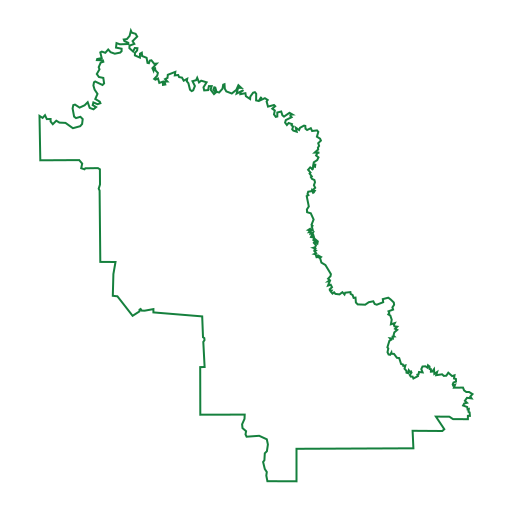 the district of Swan Hill, Victoria, Australia
{"feature_id": "25037944B58383707208646", "entity_name": "Swan Hill", "entity_type": "district", "adm_level": 2, "iso_a3": "AUS", "parent_name": "Australia", "parent_adm1": "Victoria", "projection": "orthographic", "projection_center": [143.117, -35.101], "detail": "fine", "context": "isolated", "style": "outline", "palette": "green", "viewbox_px": 512, "rotation_deg": 0, "n_neighbors": 0, "source": "geoboundaries", "source_scale": "gbopen_adm2", "svg_char_len": 5926}
<svg xmlns="http://www.w3.org/2000/svg" viewBox="0 0 512 512"><path d="M39.5,115.9L40.3,160.3L79.2,160.1L82.2,163.6L81.2,168.2L84.5,169.3L85.3,168.3L97.9,168.1L99.9,169.3L100.0,184.5L98.7,188.7L99.6,190.6L100.3,261.9L115.5,262.0L113.4,274.0L112.8,295.8L117.4,296.3L132.6,315.8L139.5,311.4L139.5,309.7L140.6,309.0L141.7,310.6L144.6,310.7L153.4,309.1L153.4,312.4L202.2,316.4L203.0,337.2L204.3,338.1L204.5,340.1L203.3,341.9L204.6,367.0L200.2,367.1L200.3,414.7L244.7,414.6L244.5,418.9L242.1,424.3L242.5,428.1L246.1,431.2L245.5,434.4L246.6,436.7L259.2,435.8L266.8,439.3L267.9,444.5L266.9,451.2L264.8,453.3L264.4,460.2L263.1,462.0L264.8,469.0L266.8,472.0L266.3,475.6L267.4,481.2L296.5,481.3L296.5,448.8L413.4,448.3L412.6,430.8L442.3,431.0L444.3,429.2L435.9,416.6L449.4,416.7L453.0,419.1L467.9,419.2L467.9,415.9L469.9,415.9L469.6,412.4L468.5,411.8L468.8,409.0L467.6,409.4L467.2,407.0L463.1,405.5L464.2,403.5L467.0,402.8L464.9,400.8L467.0,397.8L471.6,398.4L470.3,396.5L472.5,394.1L469.1,392.0L466.3,392.0L464.1,390.4L463.0,387.6L453.9,387.7L455.0,384.8L453.1,385.5L452.7,384.4L453.5,382.5L456.0,381.6L455.9,379.0L454.0,378.5L454.5,375.3L452.1,376.1L448.3,372.7L446.3,375.7L443.8,375.9L442.1,374.3L436.2,375.2L437.1,372.0L434.3,373.9L434.0,369.2L432.2,371.6L430.9,371.7L430.9,369.2L429.7,369.0L429.5,366.5L428.0,365.3L427.5,367.7L425.4,366.3L422.5,366.5L421.3,369.1L422.6,372.4L419.0,372.0L418.5,374.4L417.4,374.7L417.9,376.1L413.4,378.5L412.6,376.6L410.8,376.6L409.8,375.0L411.5,372.6L411.0,371.4L410.0,371.9L408.8,370.3L408.2,373.2L406.5,372.7L406.4,370.8L404.5,368.7L405.4,365.4L403.3,365.9L402.9,364.5L401.1,364.0L399.2,358.1L396.9,357.8L394.0,353.9L391.6,353.8L391.4,352.5L390.1,354.8L388.6,354.5L387.5,352.2L388.3,348.5L387.4,347.3L389.4,340.8L391.1,339.8L389.9,338.3L392.9,338.6L392.6,336.7L394.4,336.5L393.5,335.6L394.3,332.4L397.2,329.9L395.1,328.8L397.2,326.7L394.4,326.3L393.9,324.8L394.8,323.1L390.9,324.3L391.7,319.7L390.3,315.5L388.3,314.4L389.3,313.0L388.5,311.3L393.1,309.6L392.4,307.4L394.1,304.8L393.8,302.5L390.7,299.5L388.3,297.7L382.8,299.1L383.2,302.2L376.8,304.7L374.7,304.0L373.3,301.3L368.8,302.2L365.2,304.7L357.7,304.4L355.9,302.5L355.5,297.6L353.6,297.9L352.6,295.0L350.7,294.0L350.4,292.1L345.2,292.7L344.5,294.5L342.4,292.2L339.5,294.4L335.4,293.9L334.1,292.3L332.5,293.6L331.0,291.9L331.7,290.6L329.9,290.5L329.7,289.3L332.0,287.2L330.7,284.7L328.0,285.6L329.8,281.1L328.2,281.3L329.7,280.1L328.1,278.7L330.5,276.2L330.9,274.1L325.4,265.0L321.4,262.6L320.0,257.8L321.0,257.0L318.4,255.6L318.3,257.0L317.0,256.0L316.8,258.0L315.6,254.3L314.4,254.0L316.1,253.2L314.4,251.1L315.8,250.5L314.7,249.7L315.4,248.6L313.3,247.8L315.1,247.3L316.0,245.2L313.8,242.8L314.8,241.3L317.4,243.5L317.8,241.4L314.8,238.9L314.7,240.4L313.4,240.0L314.1,237.5L313.3,234.9L312.3,235.1L312.2,237.2L311.0,237.0L313.0,232.7L310.4,233.7L310.7,231.9L309.0,232.1L310.1,230.5L308.2,230.0L310.1,228.8L311.0,230.3L312.8,230.3L311.8,226.4L312.5,225.8L311.5,224.8L313.6,219.5L310.8,213.3L307.1,212.2L306.9,209.4L308.8,206.5L306.7,196.1L308.4,195.1L307.5,194.0L308.2,191.7L311.5,191.2L311.9,190.2L313.1,192.8L313.8,192.4L314.7,190.9L313.4,190.8L313.4,189.5L315.2,187.8L313.9,185.2L315.0,182.2L314.4,180.0L312.0,178.9L310.9,177.1L311.8,176.4L309.6,173.6L310.5,172.6L308.1,169.8L310.2,167.4L312.3,168.8L311.8,169.9L312.9,168.9L313.1,166.1L315.0,166.8L315.3,164.7L313.4,164.4L313.8,162.3L317.2,160.1L318.5,157.4L316.1,155.5L317.3,153.2L319.3,152.5L314.7,152.6L318.2,149.4L317.9,147.7L319.1,145.9L318.2,143.2L320.9,140.6L320.1,138.7L316.9,136.7L318.3,131.9L317.0,130.4L312.1,131.0L310.8,128.2L307.1,130.0L305.5,128.7L305.3,125.9L304.0,125.6L300.0,127.8L299.1,130.0L295.8,127.7L296.7,131.7L293.3,130.6L292.2,129.3L293.1,126.5L291.6,125.4L292.0,124.1L288.6,123.0L286.9,125.0L285.1,122.6L285.8,120.1L291.6,117.2L290.3,115.8L290.6,114.6L292.4,114.5L289.5,112.8L284.0,116.6L282.4,115.3L281.2,111.5L277.3,112.5L277.3,116.5L275.8,116.9L274.0,114.4L274.8,110.5L272.3,108.7L275.2,106.2L274.0,105.0L268.0,106.6L266.6,101.5L267.7,100.0L264.9,98.2L260.7,100.1L261.3,96.9L258.7,101.0L256.1,100.4L256.2,93.8L254.9,92.2L253.1,92.7L250.3,96.6L250.1,99.0L245.9,96.2L245.4,93.2L240.3,94.2L240.3,92.3L243.5,90.1L236.6,93.6L238.1,87.8L241.3,87.9L238.4,85.2L236.3,89.9L231.8,93.5L226.3,91.4L224.8,88.7L224.5,84.2L223.2,84.7L222.5,88.7L219.1,92.5L216.5,91.8L215.3,87.6L214.3,87.3L213.4,89.6L215.6,92.7L214.0,94.1L210.6,89.7L211.7,86.1L208.9,86.1L208.1,90.1L204.2,90.4L203.5,87.3L206.6,82.3L201.2,80.7L199.0,82.4L197.2,77.8L196.1,80.2L192.5,81.2L194.9,86.0L193.2,90.3L191.7,91.1L190.0,89.7L188.4,83.2L186.8,81.3L187.2,78.8L183.7,80.7L182.0,77.6L179.1,77.1L178.2,75.0L174.8,75.4L175.3,71.9L167.8,74.8L167.5,77.9L165.1,79.1L167.4,81.5L164.5,81.6L165.3,84.5L163.0,84.9L162.8,81.7L159.3,82.9L158.0,78.5L155.4,79.7L154.2,78.9L157.2,75.7L157.9,72.9L155.4,70.3L155.1,68.3L154.0,68.6L153.5,70.7L152.4,68.2L156.7,63.6L154.2,63.8L151.4,60.3L149.8,60.6L148.9,63.2L147.5,62.9L146.6,57.8L142.1,56.0L141.8,52.7L140.0,53.7L139.9,57.6L134.9,55.4L134.9,52.9L137.1,50.5L137.4,48.2L134.8,48.0L133.1,51.5L129.4,48.2L129.5,45.6L134.3,43.9L132.6,41.1L137.2,36.6L135.6,33.8L131.8,32.7L130.9,30.7L129.6,35.9L126.9,39.1L123.8,39.5L124.4,41.1L128.3,42.8L128.4,44.0L119.9,44.3L116.5,43.1L116.0,47.6L121.6,48.7L121.6,51.2L120.2,52.6L114.8,53.7L110.6,52.2L108.2,49.5L105.3,52.8L101.8,51.6L100.3,52.4L101.7,58.1L97.2,59.0L96.9,60.1L102.9,60.3L103.3,61.8L100.7,62.6L98.7,67.2L99.5,69.3L96.8,74.0L98.9,77.0L103.3,77.9L104.1,83.4L102.5,85.0L95.2,81.5L94.0,82.3L93.4,85.5L94.6,89.6L97.5,93.9L95.3,99.0L99.8,101.7L100.4,103.2L97.5,104.2L93.4,102.4L92.7,105.1L96.1,107.1L93.5,109.3L89.7,107.9L87.7,102.2L84.6,105.3L79.6,107.6L75.0,104.6L73.3,105.1L72.6,108.4L74.1,116.6L76.0,118.1L80.4,116.8L82.7,119.1L82.1,124.0L80.2,126.2L72.9,128.2L65.5,122.9L59.4,122.6L56.3,120.7L52.8,124.2L50.6,121.5L50.6,119.0L46.8,119.1L45.0,115.2L42.6,117.9L39.5,115.9Z" fill="none" stroke="#15803d" stroke-width="2"/></svg>